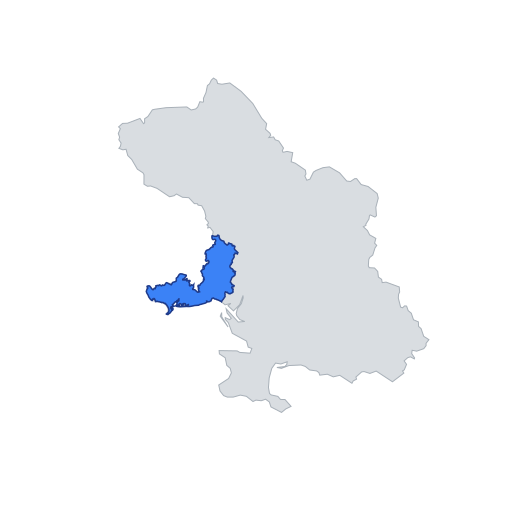 Odessa highlighted on a map of Ukraine, rotated 41°
{"feature_id": "UKR-322", "entity_name": "Odessa", "entity_type": "Region", "adm_level": 1, "iso_a3": "UKR", "parent_name": "Ukraine", "parent_adm1": "", "projection": "orthographic", "projection_center": [29.872, 46.718], "detail": "fine", "context": "in_parent", "style": "filled", "palette": "blue", "viewbox_px": 512, "rotation_deg": 41, "n_neighbors": 0, "source": "natural_earth", "source_scale": "10m", "svg_char_len": 9740}
<svg xmlns="http://www.w3.org/2000/svg" viewBox="0 0 512 512"><g transform="rotate(41 256 256)"><path d="M345.9,339.3L351.7,347.1L356.4,350.9L358.6,350.9L364.6,347.6L368.6,348.2L372.0,345.3L381.1,346.5L378.8,351.9L377.9,357.3L366.3,360.1L361.8,357.4L357.2,357.8L354.9,361.8L350.5,364.8L349.2,367.8L340.8,368.2L335.4,371.3L331.4,377.4L326.9,381.3L323.2,382.6L317.4,381.5L312.5,377.8L315.7,366.4L314.1,360.4L310.3,357.7L305.7,357.7L299.5,353.0L292.6,353.9L290.2,351.6L304.0,340.0L307.0,339.4L315.3,333.2L313.5,328.5L309.9,329.9L304.7,326.4L288.8,329.9L278.9,324.5L274.4,324.0L273.2,322.7L277.9,321.3L278.2,319.2L271.6,318.0L268.1,315.4L285.9,317.5L290.5,312.8L285.6,314.6L280.6,313.7L278.8,312.4L276.5,307.9L276.2,301.6L273.8,296.0L272.1,294.3L275.6,303.4L275.0,312.2L267.5,311.9L268.1,308.3L264.7,313.1L258.9,313.4L251.4,315.8L248.5,324.9L238.9,337.8L230.0,342.1L227.0,341.4L225.7,342.4L225.1,346.3L226.6,348.2L227.9,354.5L227.4,357.1L224.3,353.6L220.7,352.0L216.6,352.5L209.2,356.1L206.7,355.4L206.9,357.2L206.2,357.8L199.2,355.8L196.3,354.0L194.0,350.7L196.2,349.2L200.4,348.7L200.4,343.9L205.7,338.1L206.0,335.4L210.7,331.8L212.0,327.8L210.4,321.8L211.1,318.8L216.1,316.7L216.5,321.4L217.6,320.9L218.7,318.6L225.5,320.8L227.5,319.2L230.4,322.3L235.6,321.5L236.9,320.0L232.3,316.3L232.7,310.4L231.3,307.1L224.6,302.7L223.3,297.5L223.9,292.9L220.6,291.1L215.2,285.9L217.0,276.8L216.7,273.4L215.2,270.7L210.9,271.1L207.7,265.7L202.6,264.6L201.1,266.5L200.3,264.7L198.5,264.7L198.7,262.6L197.5,261.7L193.2,261.0L192.2,259.0L187.7,255.8L182.0,253.7L178.9,255.6L177.5,255.0L175.1,256.9L167.0,256.1L162.0,259.9L155.3,261.4L154.6,264.3L151.9,268.0L136.9,269.9L130.5,272.3L128.3,274.6L124.3,275.3L118.1,268.1L116.1,267.4L109.5,268.3L98.9,264.7L93.3,264.3L87.9,260.7L85.9,263.2L81.9,264.7L81.7,262.1L80.1,259.3L76.2,258.2L75.1,255.8L71.7,253.9L70.1,248.9L67.6,248.7L68.3,243.5L71.9,240.1L78.2,228.3L84.3,229.9L84.6,228.6L81.9,225.5L82.9,221.6L81.9,213.7L83.3,211.7L90.9,203.0L106.0,188.9L111.3,188.3L114.0,184.6L114.3,181.9L112.4,176.4L115.1,174.7L115.0,173.8L112.9,171.5L111.0,165.4L107.5,159.2L108.0,156.6L106.9,152.6L107.2,149.6L110.9,149.1L113.9,151.0L117.6,148.7L122.7,142.6L136.7,141.5L153.5,143.0L170.0,148.3L177.2,149.1L180.1,154.1L186.1,154.2L187.9,155.2L188.0,158.2L191.2,154.6L194.2,155.7L197.7,154.3L205.9,156.5L206.8,159.3L208.4,160.0L210.8,156.7L215.9,153.9L220.7,161.8L224.8,160.2L236.9,158.8L239.9,161.3L240.4,163.6L244.6,165.5L246.3,162.6L244.3,155.0L245.2,152.0L248.6,145.4L252.9,140.6L264.5,138.4L275.3,139.9L278.4,137.8L279.8,132.8L281.2,131.6L288.5,133.1L295.0,130.0L306.5,129.4L310.3,132.1L314.5,140.6L320.5,146.6L320.2,148.6L315.2,150.1L315.2,151.2L317.0,154.0L318.0,160.0L318.9,160.7L317.8,163.5L323.4,163.7L327.9,165.5L334.9,164.1L337.1,168.5L340.2,168.8L340.5,171.8L343.5,178.7L342.8,182.5L343.4,184.7L347.4,189.9L349.2,190.5L353.3,187.3L358.0,187.8L362.2,191.6L366.1,191.2L368.7,193.3L371.3,190.4L384.4,185.4L388.0,188.9L388.7,191.3L391.0,194.4L398.7,199.7L400.6,198.9L400.9,196.1L402.5,195.0L406.7,197.4L410.7,197.3L416.7,200.8L421.8,199.2L424.9,202.5L428.2,202.5L435.3,206.6L441.4,205.7L441.6,210.3L443.2,212.1L443.4,215.9L439.7,222.4L435.7,224.7L437.5,227.5L442.6,228.9L443.0,229.8L438.7,230.8L437.2,233.2L436.6,238.0L440.7,239.0L442.6,244.7L442.0,246.6L444.4,247.4L441.5,261.4L422.2,264.0L419.0,269.9L413.4,272.3L411.8,274.1L410.8,281.8L412.7,283.0L411.3,286.5L411.9,289.1L397.5,291.1L393.6,296.5L387.4,298.4L382.3,304.1L379.9,302.7L377.1,303.0L371.3,306.8L365.7,307.0L361.5,308.7L352.7,317.1L348.9,324.1L344.9,326.4L350.3,320.5L350.4,317.6L348.9,315.4L345.6,321.2L341.0,324.0L341.6,330.4L345.9,339.3ZM281.5,327.9L268.5,324.9L267.2,321.2L270.1,324.4L281.5,327.9Z" fill="#d9dde1" stroke="#a8b0b8" stroke-width="1"/><path d="M194.0,350.7L193.7,350.3L194.1,349.3L195.3,348.4L196.9,348.6L198.6,349.1L200.0,349.2L200.5,348.9L200.6,348.6L200.4,347.3L200.7,347.0L201.3,346.7L201.0,346.3L200.8,344.9L200.0,344.2L200.9,342.8L201.9,342.3L202.1,342.1L201.9,341.5L202.3,340.9L203.8,340.8L204.4,340.4L204.5,340.1L204.4,339.3L205.2,339.0L205.9,338.5L206.1,338.1L206.1,337.5L205.8,335.8L205.8,335.3L206.0,334.8L206.4,334.6L210.3,333.6L210.9,333.4L210.9,332.7L210.5,331.3L210.5,330.6L210.7,330.1L211.4,329.2L211.9,328.3L212.2,327.6L212.1,326.9L210.4,325.1L210.4,324.7L210.7,323.7L210.7,323.2L210.2,320.5L210.3,319.6L210.8,318.9L212.4,317.8L213.6,317.4L215.6,316.3L216.0,316.3L216.4,316.7L216.5,317.4L216.5,320.5L216.0,321.4L216.0,321.7L216.4,322.1L216.9,321.8L217.7,320.9L218.2,320.8L218.3,320.4L218.3,319.4L218.3,319.1L218.7,318.4L219.0,318.5L219.9,320.2L220.2,320.2L221.2,318.7L221.6,318.3L222.0,318.0L222.6,318.1L222.7,318.3L222.7,318.7L222.4,319.5L222.5,319.9L223.9,320.3L224.2,320.6L224.8,321.7L225.5,322.0L226.2,321.5L226.3,321.0L226.2,320.2L226.4,320.0L227.4,319.8L227.7,319.4L227.7,318.5L228.0,319.0L229.1,320.1L229.6,320.8L229.7,321.4L229.7,322.2L230.2,322.7L230.6,322.6L231.4,321.9L232.2,321.6L234.8,321.7L235.8,321.6L236.3,321.0L236.9,320.0L236.2,319.8L235.7,320.0L234.3,318.8L234.4,318.5L234.0,317.7L233.7,317.6L233.3,317.8L233.1,317.4L232.1,317.0L231.8,316.6L231.7,315.9L232.6,315.7L232.9,315.0L232.5,313.8L232.5,313.3L232.7,312.4L232.9,309.8L232.5,308.9L232.4,307.7L232.1,307.5L231.5,307.8L231.2,306.8L230.5,306.3L228.6,306.1L228.2,305.8L227.3,304.6L225.9,304.3L225.2,303.6L224.5,303.7L224.3,303.3L224.6,301.2L225.1,300.6L225.3,300.1L225.3,299.6L225.1,299.2L224.6,298.7L224.2,298.7L223.7,299.5L222.6,298.0L222.7,297.8L223.7,297.6L224.0,297.3L224.2,296.5L224.0,294.8L224.0,294.1L224.6,293.8L224.8,293.3L224.8,292.5L224.6,291.8L224.3,291.2L223.6,290.8L222.7,290.8L222.2,292.2L221.8,292.6L221.1,292.6L220.5,292.2L220.2,291.7L220.1,290.3L219.8,289.9L218.8,289.5L218.4,288.4L217.7,288.0L217.3,287.3L217.0,287.1L216.7,287.3L216.3,287.8L215.9,287.5L215.7,287.2L215.2,285.8L214.9,284.5L215.2,283.7L216.3,282.0L216.5,280.7L216.5,279.6L216.7,278.6L217.6,277.4L217.5,277.1L217.2,276.8L216.5,276.5L216.3,276.3L216.3,276.0L216.5,275.4L217.5,274.2L217.5,273.7L216.2,273.1L215.7,271.0L215.2,270.4L214.5,270.2L213.8,270.5L212.9,271.8L212.1,271.9L211.4,271.6L210.7,271.0L210.0,270.3L209.6,269.5L210.0,269.2L211.8,268.4L212.2,268.1L212.8,267.4L213.5,266.9L213.6,266.6L213.4,265.5L213.5,265.3L214.4,264.9L214.8,265.0L216.2,266.2L217.8,266.9L219.8,266.9L221.8,266.0L222.2,266.0L223.4,266.8L225.0,266.9L226.6,266.7L227.0,266.8L227.1,266.7L227.4,265.5L227.3,265.1L226.8,264.4L226.9,264.0L227.1,263.9L227.9,263.9L229.1,263.2L230.1,262.9L230.7,263.3L231.2,263.9L231.4,263.9L231.6,263.8L232.2,262.7L232.4,262.6L233.0,263.0L233.8,262.6L234.5,264.1L234.9,264.7L235.7,265.1L240.1,265.3L240.2,266.0L240.6,266.4L240.6,266.7L240.0,266.7L239.7,267.0L239.3,267.0L238.4,267.5L238.6,267.8L238.7,268.1L238.7,268.8L238.5,269.2L238.5,269.7L238.7,270.0L239.4,270.2L240.2,271.3L240.8,274.8L241.0,275.3L242.4,276.3L242.5,276.9L242.1,277.4L242.0,277.7L242.8,278.6L242.8,278.9L242.5,279.6L242.9,280.9L244.2,281.7L245.2,281.5L245.7,281.8L246.7,281.2L247.3,281.5L248.2,281.5L248.4,281.7L248.7,282.6L248.9,282.7L249.1,282.6L249.4,281.6L250.7,281.2L250.9,281.6L250.9,282.1L250.8,282.8L251.8,282.9L252.6,284.1L252.7,285.1L252.6,285.3L252.4,285.5L252.3,286.5L251.9,287.8L253.1,291.3L253.8,292.6L255.8,292.8L256.2,293.3L256.5,293.4L257.1,293.1L258.9,292.7L259.2,293.2L259.3,293.7L259.2,294.0L258.9,294.4L258.2,294.8L258.2,295.6L259.6,296.3L260.5,296.0L260.9,296.7L261.2,297.1L261.5,297.8L262.3,298.1L262.3,298.4L262.1,299.0L262.1,299.7L261.6,300.4L261.4,301.3L260.8,301.7L260.6,302.1L258.8,302.4L258.2,302.2L257.8,302.8L256.6,302.9L256.4,303.1L256.7,304.1L257.0,304.7L257.9,305.3L258.6,306.4L259.3,306.9L259.6,309.8L259.7,310.3L259.6,311.4L260.0,313.2L259.4,313.2L255.7,314.2L255.0,314.7L254.6,314.6L254.3,314.7L252.7,315.7L251.6,315.5L251.3,315.8L250.6,316.9L251.2,318.8L251.5,319.2L251.2,319.7L251.0,320.8L249.7,322.3L248.5,322.2L248.3,322.4L249.0,323.0L249.1,323.6L248.4,325.2L246.9,327.4L246.1,328.7L245.6,329.2L244.9,330.9L242.2,333.6L239.8,336.8L238.6,338.1L237.1,339.3L237.1,338.8L237.0,337.1L236.8,337.0L236.5,337.5L236.1,339.4L235.9,339.5L235.6,339.2L235.4,339.5L234.3,338.6L233.8,338.4L233.3,338.7L233.1,339.3L233.0,340.8L232.5,340.2L232.6,339.6L232.6,339.4L232.4,339.5L232.2,339.9L232.3,340.9L232.7,341.5L232.5,342.3L232.2,341.8L231.7,341.5L231.7,341.1L231.2,341.5L230.1,341.6L229.6,341.9L229.5,342.5L229.6,343.0L230.5,343.4L231.0,344.0L229.8,344.7L229.3,344.5L229.2,344.8L229.3,345.2L228.3,345.6L228.1,345.8L228.1,345.0L227.9,344.1L227.4,343.5L226.9,343.2L227.0,343.0L226.9,341.5L227.2,340.5L226.9,340.0L226.3,339.5L226.1,339.0L225.8,339.2L225.9,339.7L226.3,340.3L225.6,341.5L225.7,342.2L225.9,342.8L225.2,343.4L225.0,344.6L225.1,346.1L224.8,347.6L225.7,348.0L226.2,348.0L226.6,347.9L227.5,347.1L226.4,348.7L225.9,349.0L225.7,349.6L225.2,349.9L225.2,350.2L225.5,350.9L226.0,351.3L226.3,350.3L226.7,350.2L226.7,351.1L227.0,351.0L227.0,350.8L227.4,350.9L227.5,351.0L227.6,351.5L227.9,350.5L228.0,350.3L228.4,350.7L228.5,351.2L228.6,351.8L228.4,352.2L227.9,352.2L228.2,352.5L228.4,353.1L228.5,355.5L228.0,357.2L228.0,357.9L227.5,358.3L226.7,358.6L226.4,358.6L226.5,358.1L226.4,357.6L226.7,356.7L226.6,355.5L226.2,354.4L224.4,352.8L221.3,351.7L219.5,351.5L218.8,351.2L217.9,351.9L216.7,351.9L215.9,352.4L215.5,353.0L215.0,353.0L214.5,353.4L213.2,353.8L211.7,354.9L211.0,355.0L210.7,355.4L210.5,356.2L210.0,356.4L208.9,355.5L208.4,355.4L207.8,355.0L207.5,354.9L206.9,355.0L206.9,356.0L206.2,356.3L206.2,356.5L206.3,357.0L207.1,357.5L206.6,357.9L205.0,358.0L202.0,357.3L200.2,356.3L198.2,355.7L197.1,355.1L196.5,354.8L196.1,354.0L195.5,352.3L195.6,351.6L195.2,351.0L194.5,350.6L194.0,350.7ZM230.8,344.7L235.7,340.1L236.8,339.5L232.0,344.2L229.7,345.8L228.0,346.6L229.6,345.6L229.9,345.0L230.8,344.7Z" fill="#3b82f6" stroke="#1e3a8a" stroke-width="1.5"/></g></svg>